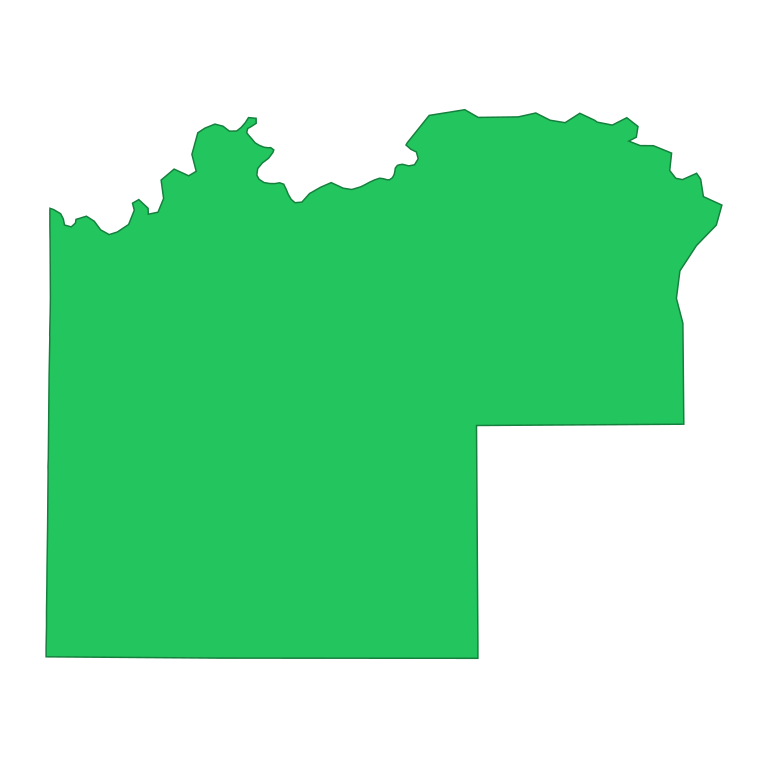 outline of McKenzie, North Dakota, United States of America
{"feature_id": "52423323B35448642149911", "entity_name": "McKenzie", "entity_type": "district", "adm_level": 2, "iso_a3": "USA", "parent_name": "United States of America", "parent_adm1": "North Dakota", "projection": "albers", "projection_center": [-103.467, 47.736], "detail": "fine", "context": "isolated", "style": "filled", "palette": "green", "viewbox_px": 768, "rotation_deg": 0, "n_neighbors": 0, "source": "geoboundaries", "source_scale": "gbopen_adm2", "svg_char_len": 1958}
<svg xmlns="http://www.w3.org/2000/svg" viewBox="0 0 768 768"><path d="M682.9,323.3L676.4,298.4L679.9,270.9L696.5,245.5L716.3,225.1L721.9,205.1L703.4,196.6L700.7,179.3L696.6,173.3L682.5,179.6L675.8,178.3L669.7,170.5L671.6,153.1L653.4,145.7L640.2,145.6L628.8,141.1L636.3,137.2L638.0,126.5L626.8,117.7L612.3,125.1L597.1,122.1L594.7,120.3L579.8,113.3L565.1,122.7L550.0,120.2L535.8,113.0L518.2,116.9L487.8,117.3L478.2,117.4L464.8,109.7L429.2,115.4L407.4,142.6L406.0,145.0L410.9,149.3L416.4,152.0L418.2,158.8L414.5,164.8L408.7,165.9L405.3,165.0L402.5,164.3L399.7,164.7L397.4,165.4L395.3,168.1L394.9,171.0L394.2,174.4L392.5,177.6L389.5,179.8L387.1,179.8L383.7,178.8L379.7,178.2L374.6,179.9L369.4,182.3L365.0,184.7L360.8,186.8L355.8,188.3L351.8,189.5L343.2,188.2L331.2,182.6L320.5,187.3L309.6,193.5L301.9,202.1L295.0,202.7L291.2,199.4L288.2,194.3L286.2,189.3L283.7,184.2L279.7,182.8L274.7,183.6L269.5,183.5L263.9,182.5L259.1,179.3L256.8,175.2L257.7,168.6L262.3,163.0L268.6,158.2L272.9,152.5L273.8,149.9L270.7,147.6L268.3,147.8L263.9,147.2L259.0,145.2L255.0,142.7L252.0,139.1L248.3,134.9L246.7,132.5L247.7,128.5L251.0,126.7L256.2,123.3L256.1,118.3L248.5,117.6L245.3,122.7L241.1,127.5L236.7,131.0L229.3,131.1L223.0,126.2L214.9,124.1L204.8,128.2L197.8,132.8L191.9,154.4L196.2,171.3L188.7,175.8L174.1,169.1L161.1,180.1L163.6,198.5L158.0,212.2L148.3,214.2L148.1,208.3L138.8,199.6L132.5,203.2L134.3,210.2L128.6,224.5L117.3,232.0L109.2,234.6L100.7,229.9L94.2,221.2L86.4,216.2L76.0,219.4L75.4,223.1L71.2,226.9L64.5,225.0L63.3,218.9L60.6,213.7L53.7,209.6L50.0,208.3L49.9,210.5L49.9,224.8L50.0,236.3L50.1,239.6L50.3,279.0L50.4,298.4L50.2,312.3L49.7,334.8L49.8,336.7L49.8,338.1L49.1,375.8L49.1,376.0L48.3,458.2L48.0,466.7L48.1,472.8L47.6,526.5L47.0,569.7L46.9,583.8L46.5,611.4L46.5,611.7L46.5,626.5L46.1,647.8L46.1,655.5L46.1,656.8L218.9,658.1L477.9,658.3L477.9,643.7L476.5,425.5L619.6,424.6L683.8,424.2L682.9,323.3Z" fill="#22c55e" stroke="#15803d" stroke-width="1.5"/></svg>